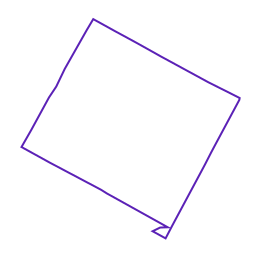 outline of Boone, Arkansas, United States of America, rotated 118°
{"feature_id": "52423323B14663422134470", "entity_name": "Boone", "entity_type": "district", "adm_level": 2, "iso_a3": "USA", "parent_name": "United States of America", "parent_adm1": "Arkansas", "projection": "natural_earth1", "projection_center": [-93.068, 36.306], "detail": "fine", "context": "isolated", "style": "outline", "palette": "violet", "viewbox_px": 256, "rotation_deg": 118, "n_neighbors": 0, "source": "geoboundaries", "source_scale": "gbopen_adm2", "svg_char_len": 501}
<svg xmlns="http://www.w3.org/2000/svg" viewBox="0 0 256 256"><g transform="rotate(118 128 128)"><path d="M194.8,213.1L195.3,181.1L195.2,122.6L195.7,116.0L197.0,46.3L200.8,52.9L207.6,57.8L207.8,43.0L193.6,43.1L193.4,43.1L131.3,42.9L130.9,42.9L124.4,42.9L123.9,42.9L110.7,43.1L101.7,43.1L51.9,42.9L50.9,42.9L49.1,43.5L49.9,78.8L49.4,132.3L48.8,160.7L48.6,184.5L48.2,209.8L60.9,210.4L105.6,211.6L125.1,210.8L138.1,212.1L175.5,212.5L194.8,213.1Z" fill="none" stroke="#5b21b6" stroke-width="2"/></g></svg>